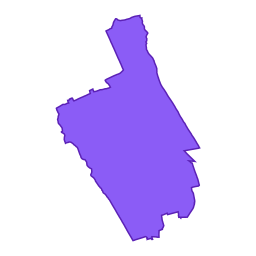 Hoceni, Vaslui, Romania (Equal Earth projection)
{"feature_id": "2599482B41865745609486", "entity_name": "Hoceni", "entity_type": "district", "adm_level": 2, "iso_a3": "ROU", "parent_name": "Romania", "parent_adm1": "Vaslui", "projection": "equal_earth", "projection_center": [27.99, 46.533], "detail": "fine", "context": "isolated", "style": "filled", "palette": "violet", "viewbox_px": 256, "rotation_deg": 0, "n_neighbors": 0, "source": "geoboundaries", "source_scale": "gbopen_adm2", "svg_char_len": 5716}
<svg xmlns="http://www.w3.org/2000/svg" viewBox="0 0 256 256"><path d="M152.6,239.3L152.3,238.6L151.9,237.3L151.9,236.7L156.0,236.9L157.6,237.2L159.0,237.2L158.9,234.1L159.1,230.6L162.3,229.4L162.1,228.9L162.5,228.4L162.9,227.8L163.8,225.7L162.2,220.2L162.0,218.9L161.9,217.7L161.7,216.9L161.6,215.7L161.6,215.3L162.8,215.0L167.1,213.2L167.6,214.6L175.1,212.6L178.1,211.8L178.1,212.0L178.2,212.6L178.4,213.2L178.5,214.1L178.6,214.9L178.4,215.9L178.7,216.3L178.8,216.5L178.8,217.3L180.0,217.3L180.6,217.8L180.7,218.0L180.8,218.1L180.9,217.8L180.8,217.3L187.3,217.2L190.1,212.8L192.6,209.1L193.4,207.6L193.6,206.8L193.8,206.1L194.0,205.4L194.4,204.2L194.5,203.8L194.5,203.5L194.3,203.3L194.3,202.9L194.7,202.2L194.8,201.9L194.6,201.2L194.7,200.5L194.6,199.9L194.5,199.5L193.3,193.2L191.9,190.7L191.6,189.1L191.5,187.6L193.0,187.1L195.6,186.5L198.1,186.1L198.3,186.1L198.6,185.8L198.9,185.6L199.2,185.5L199.3,185.2L199.3,184.9L199.1,184.4L199.0,184.1L198.3,181.2L197.8,179.3L197.3,177.9L197.1,177.6L196.6,175.9L194.9,171.5L192.7,164.9L192.2,163.1L190.9,162.7L190.2,161.8L189.0,160.9L193.3,161.2L194.8,161.4L187.4,154.2L184.2,150.8L189.0,149.9L198.7,148.2L198.9,148.1L199.6,147.9L199.4,147.6L198.7,146.3L198.4,145.6L196.8,143.1L195.9,141.4L195.4,140.7L194.8,139.6L193.5,137.5L191.9,135.3L191.2,133.9L188.0,129.1L187.1,127.6L186.7,126.8L186.3,126.3L184.8,123.3L184.3,122.8L183.7,122.0L183.4,121.6L182.3,119.5L181.7,118.6L181.3,117.9L181.0,117.6L180.7,117.1L179.7,115.4L178.6,113.2L178.2,112.1L177.6,111.2L175.6,108.1L175.2,107.2L174.3,105.7L172.9,103.4L172.6,102.9L170.4,99.6L168.1,96.3L167.8,95.7L167.5,95.3L166.3,93.1L164.2,89.8L162.2,87.0L160.7,84.3L159.7,81.7L159.1,80.1L158.8,79.0L158.5,78.6L158.4,77.7L157.8,76.3L157.7,75.8L157.3,74.4L156.8,72.6L156.8,72.4L156.9,71.4L156.8,70.3L156.8,69.2L156.8,68.6L156.2,66.8L155.3,64.5L154.6,63.0L154.5,62.6L154.4,62.1L154.3,61.9L154.1,61.5L154.1,61.0L154.0,60.7L153.4,59.7L153.3,59.2L153.0,58.8L152.8,58.4L152.5,57.8L151.9,57.2L151.7,56.9L151.5,56.7L151.3,56.5L150.6,55.7L149.7,54.8L149.0,54.0L148.4,53.2L147.7,51.9L147.5,51.2L147.4,51.0L147.1,50.6L146.4,49.3L146.4,48.4L146.5,48.0L146.3,47.2L146.2,46.5L146.0,44.8L146.2,44.1L146.6,43.6L146.7,43.4L146.6,43.1L146.2,42.7L146.0,42.1L146.1,41.5L146.6,41.1L146.8,40.1L146.7,39.3L146.9,38.9L146.5,38.1L146.3,37.6L146.1,36.7L146.8,34.8L147.6,33.6L147.8,33.2L147.7,32.8L147.4,32.6L147.0,31.9L146.7,31.6L146.4,31.2L146.2,31.1L145.5,30.6L145.3,30.3L144.6,29.3L144.5,29.1L144.4,28.7L144.4,28.4L144.4,26.8L143.8,25.5L143.2,24.9L142.9,24.5L142.6,23.9L142.4,23.2L142.3,22.7L142.5,21.2L142.1,20.3L142.0,19.6L141.7,18.6L141.9,18.0L141.2,17.9L140.5,17.8L140.3,17.6L140.1,17.3L139.9,17.0L140.0,16.3L139.9,15.4L138.8,15.7L135.6,16.2L134.6,16.4L131.4,17.5L130.9,17.9L130.5,18.1L130.3,18.3L128.8,18.8L126.7,19.3L125.0,19.9L123.9,20.1L121.9,20.3L120.7,20.6L119.7,20.5L117.9,20.0L117.0,19.1L116.5,18.8L115.6,18.8L114.2,21.1L113.5,22.5L113.0,24.7L112.7,25.6L112.0,26.6L111.6,28.3L110.3,28.6L109.1,29.5L108.5,29.8L107.6,30.2L106.7,30.6L106.0,31.0L110.0,39.7L111.0,42.2L111.9,44.0L112.8,46.1L113.8,48.2L115.5,52.1L118.3,58.5L119.9,61.8L120.1,62.6L120.6,63.4L122.3,67.5L123.4,69.9L123.3,70.0L122.8,70.7L120.3,73.1L118.3,74.1L117.2,74.4L115.8,75.0L113.9,75.8L106.5,79.3L105.2,80.2L105.2,80.4L105.6,81.2L106.2,82.1L107.2,83.1L107.9,83.5L108.4,84.0L109.7,85.9L110.4,87.2L108.4,88.2L107.6,88.3L106.8,88.6L106.4,88.7L105.0,88.8L103.4,89.3L102.2,89.6L101.4,89.7L101.1,89.7L100.7,89.7L99.7,89.9L99.4,90.0L98.9,90.3L98.2,90.6L97.7,90.7L97.0,91.0L96.1,91.3L93.8,91.7L93.5,90.9L93.2,90.1L93.0,89.8L92.8,89.8L92.7,89.6L92.7,89.1L89.6,90.6L89.8,91.3L89.8,91.6L90.3,93.5L89.2,94.0L88.6,94.2L85.4,95.8L84.7,96.0L82.8,96.9L81.3,97.5L78.2,98.9L76.7,99.7L73.9,100.9L72.9,99.5L72.9,99.4L72.6,98.5L72.4,98.2L71.7,98.5L71.4,98.2L70.9,98.5L70.2,98.7L69.5,99.2L69.7,99.6L68.2,100.4L67.7,100.4L68.0,101.6L68.4,102.6L68.6,103.0L67.2,103.3L66.0,103.9L65.2,104.4L63.4,104.4L62.9,104.4L59.8,106.3L58.0,107.3L56.5,108.1L56.4,108.6L56.5,108.7L57.1,110.7L57.5,111.0L57.6,111.3L57.7,111.9L58.5,113.3L58.8,113.6L58.9,113.9L58.8,114.7L58.3,116.1L58.2,116.4L58.2,116.9L58.0,118.3L57.7,119.0L57.6,119.4L58.2,121.9L58.2,122.7L58.4,123.2L58.7,123.7L59.8,124.8L61.8,127.5L62.1,128.1L62.3,129.0L62.3,129.7L62.5,130.8L62.5,131.2L62.4,131.3L61.5,131.8L61.4,131.9L61.5,132.2L62.0,132.6L63.0,133.1L64.0,133.7L64.5,134.5L64.7,135.2L64.8,135.4L64.8,135.7L64.7,136.2L64.4,137.0L64.3,138.7L64.2,139.2L64.6,140.9L64.9,141.6L65.1,142.0L65.3,142.6L65.5,143.3L66.2,142.9L67.6,142.5L68.3,142.4L68.7,142.1L69.3,142.0L71.0,142.2L72.2,143.1L73.3,143.9L73.9,144.7L75.0,145.4L76.3,146.7L77.3,147.4L77.9,148.7L79.8,154.1L80.7,156.0L81.1,157.6L81.9,158.6L82.8,159.2L83.9,159.6L84.9,159.6L86.1,161.3L86.6,162.0L87.0,165.1L87.4,165.8L88.4,166.9L90.1,168.2L91.5,168.8L91.7,170.2L91.8,171.9L91.5,173.1L90.8,174.6L90.8,175.1L91.2,175.9L93.3,177.5L94.1,178.3L95.3,180.2L95.5,181.1L98.1,184.9L98.7,185.9L99.4,186.5L100.4,187.9L100.9,188.1L101.4,188.8L101.7,189.3L101.8,190.0L102.0,190.4L102.6,190.9L102.7,191.2L103.0,192.3L103.4,192.9L103.8,193.2L105.1,194.1L105.8,195.0L106.2,195.3L106.3,195.5L106.9,196.7L107.9,197.7L108.2,198.1L108.3,198.4L108.5,198.8L109.2,199.5L109.5,199.9L112.4,205.0L114.8,209.0L115.4,210.0L115.7,210.6L118.1,214.8L118.9,215.9L119.0,216.4L120.0,217.9L121.9,221.1L122.1,221.7L122.6,222.4L124.6,225.8L125.2,227.0L126.6,229.4L127.0,230.3L127.5,231.0L127.7,231.5L130.9,236.9L133.0,240.6L134.4,240.2L135.3,239.8L142.5,237.6L144.4,237.0L144.8,236.7L145.3,236.6L145.5,236.6L146.5,237.1L147.0,237.6L147.2,237.8L147.3,238.2L147.2,238.4L147.0,238.5L146.9,238.7L147.1,238.8L147.4,238.7L147.7,239.1L147.6,239.3L150.8,238.4L152.0,239.5L152.6,239.3Z" fill="#8b5cf6" stroke="#5b21b6" stroke-width="1.5"/></svg>